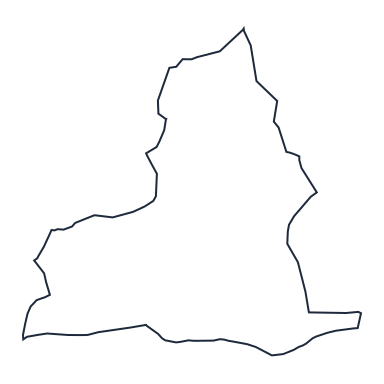 Sandamu, Katsina, Nigeria
{"feature_id": "59680162B54666922464494", "entity_name": "Sandamu", "entity_type": "district", "adm_level": 2, "iso_a3": "NGA", "parent_name": "Nigeria", "parent_adm1": "Katsina", "projection": "robinson", "projection_center": [8.364, 12.927], "detail": "fine", "context": "isolated", "style": "outline", "palette": "slate", "viewbox_px": 384, "rotation_deg": 0, "n_neighbors": 0, "source": "geoboundaries", "source_scale": "gbopen_adm2", "svg_char_len": 1557}
<svg xmlns="http://www.w3.org/2000/svg" viewBox="0 0 384 384"><path d="M23.3,339.4L27.0,336.8L38.4,334.8L47.1,333.5L68.1,335.0L83.1,335.1L87.9,334.9L98.2,332.2L130.7,327.5L146.0,324.9L146.9,325.9L158.0,333.8L162.1,338.3L165.2,340.3L176.0,342.4L177.1,342.3L180.7,341.8L184.9,341.0L188.6,340.3L191.3,340.6L193.7,340.8L197.0,340.8L205.8,340.7L213.6,340.6L218.9,339.4L219.9,339.2L224.3,339.6L228.1,340.7L236.1,342.1L247.3,344.2L255.8,347.0L271.9,355.4L283.1,354.1L293.7,349.9L298.8,346.9L302.5,345.6L306.1,343.6L312.6,338.3L316.2,336.5L327.7,332.7L336.0,330.7L353.5,328.4L357.7,328.1L361.0,313.2L358.3,311.9L346.0,313.0L308.9,312.4L305.4,291.5L297.9,262.2L287.3,243.8L287.8,231.6L289.0,224.8L294.0,216.3L310.8,196.7L316.8,192.4L301.5,168.1L299.3,160.1L299.3,156.4L295.8,154.8L292.1,153.4L289.7,152.6L286.4,151.9L278.6,127.5L273.8,121.6L277.2,101.0L256.5,81.1L250.7,45.4L244.0,31.0L243.7,28.6L242.9,29.8L219.8,51.3L197.2,57.1L191.5,59.3L182.6,59.2L176.2,66.8L169.4,67.8L157.9,100.5L158.4,113.0L158.4,113.7L160.0,114.8L165.5,118.8L166.2,119.0L165.9,119.6L164.2,130.2L159.3,141.7L156.6,147.0L146.1,153.3L147.1,155.6L151.8,164.5L154.4,169.2L156.9,173.8L155.9,196.3L153.3,200.9L144.8,206.4L133.2,211.8L112.7,217.4L96.0,215.4L94.2,215.3L91.2,216.5L75.2,222.9L72.1,226.5L63.6,229.6L57.6,229.2L54.5,230.4L51.5,230.0L50.4,232.6L46.6,240.8L44.0,246.5L38.3,256.2L37.3,258.2L34.2,260.5L44.1,273.3L46.2,282.5L47.6,287.1L49.9,294.8L45.3,297.1L36.6,300.1L34.1,302.9L30.7,306.4L27.5,313.7L25.2,323.7L23.0,334.9L23.3,339.4Z" fill="none" stroke="#1e293b" stroke-width="2"/></svg>